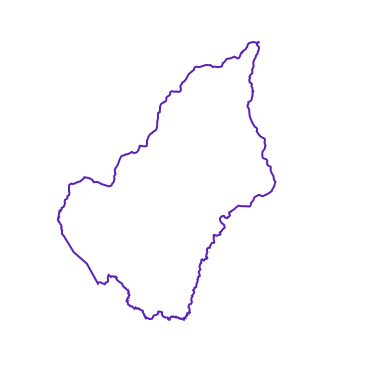 Lalaua, Nampula, Mozambique (Natural Earth projection), rotated 330°
{"feature_id": "85939544B71599092008043", "entity_name": "Lalaua", "entity_type": "district", "adm_level": 2, "iso_a3": "MOZ", "parent_name": "Mozambique", "parent_adm1": "Nampula", "projection": "natural_earth1", "projection_center": [37.97, -14.47], "detail": "fine", "context": "isolated", "style": "outline", "palette": "violet", "viewbox_px": 384, "rotation_deg": 330, "n_neighbors": 0, "source": "geoboundaries", "source_scale": "gbopen_adm2", "svg_char_len": 5955}
<svg xmlns="http://www.w3.org/2000/svg" viewBox="0 0 384 384"><g transform="rotate(330 192 192)"><path d="M248.2,88.2L242.9,91.5L240.2,92.4L238.3,92.3L237.4,93.3L235.6,93.9L234.5,94.9L234.3,96.2L233.8,97.4L232.6,98.8L230.6,98.8L229.4,97.6L227.1,96.5L225.0,94.7L223.6,94.5L223.1,94.7L221.9,96.3L221.0,97.0L217.9,97.1L216.9,97.6L215.9,99.3L214.8,100.2L213.8,100.3L212.9,99.9L211.9,100.3L210.1,100.2L209.0,100.5L207.1,102.0L204.1,106.7L203.6,106.9L203.1,106.5L202.4,106.5L201.8,107.1L200.3,109.3L199.9,110.5L196.8,114.0L196.7,114.5L194.5,117.9L192.4,119.9L191.2,120.4L188.9,120.4L186.4,121.0L185.0,120.9L182.0,122.3L179.5,124.5L178.6,125.0L177.1,127.8L175.7,129.5L173.1,128.5L172.0,127.2L169.8,125.9L169.4,126.0L168.9,127.2L168.1,127.6L166.4,129.1L163.9,130.0L161.4,129.4L160.5,128.4L160.0,127.2L157.0,127.3L154.3,126.8L153.1,126.1L152.3,126.4L149.5,125.7L148.3,125.9L145.8,127.5L141.8,131.0L136.4,133.9L135.1,136.3L134.9,138.0L132.5,139.4L131.1,142.3L129.0,144.3L127.0,144.9L125.8,145.9L124.0,146.0L121.7,144.6L121.0,143.5L117.7,140.0L115.7,136.7L114.5,135.7L111.7,134.3L111.8,132.0L110.8,130.0L109.8,128.6L108.2,127.0L107.0,126.3L106.4,125.4L104.1,126.3L100.6,126.9L96.8,126.0L94.4,126.1L93.7,125.5L92.3,125.3L91.5,124.3L90.8,124.3L89.2,124.6L88.6,125.1L85.8,129.9L85.7,131.0L84.0,133.2L82.0,133.3L81.0,134.9L80.3,135.3L78.3,135.3L77.0,136.4L76.4,138.3L73.8,140.5L73.0,140.7L71.4,140.5L70.7,141.6L69.6,141.8L69.0,142.5L68.8,142.1L68.1,141.9L67.8,142.4L67.3,142.5L67.1,142.9L67.0,143.6L66.4,143.9L64.5,146.2L64.3,146.6L64.4,147.0L64.1,147.0L64.1,147.4L62.8,147.7L62.7,148.9L61.7,149.4L62.0,150.6L61.8,151.4L62.1,152.0L61.9,153.3L62.1,155.0L61.6,157.1L60.9,157.5L61.0,157.9L60.3,159.1L60.5,159.5L60.3,160.4L58.8,162.5L58.4,163.4L59.0,165.3L59.5,185.0L65.1,201.4L64.7,224.3L65.7,223.6L67.2,224.1L70.4,228.3L72.0,227.2L73.9,227.7L74.8,227.0L75.4,226.2L75.9,224.4L78.4,222.2L79.0,223.4L79.3,225.1L80.1,224.9L80.9,225.2L81.7,225.8L81.9,226.4L83.1,226.6L83.5,227.0L83.9,228.3L83.4,228.3L83.0,228.8L83.2,230.7L84.3,234.1L84.9,234.8L85.7,236.6L85.2,238.1L85.4,239.7L85.7,240.1L85.7,241.3L86.4,241.8L86.6,243.7L87.0,244.4L87.5,244.6L87.1,245.7L87.4,246.1L87.5,246.9L86.0,247.8L86.0,248.7L86.5,249.1L86.2,250.1L84.8,250.7L84.3,251.8L83.6,251.6L82.6,252.0L82.0,253.1L82.1,253.5L81.4,253.2L80.9,253.5L80.7,254.0L81.0,254.7L81.1,255.9L80.5,256.9L80.7,257.4L80.5,258.0L80.9,258.6L81.4,259.0L81.7,260.4L82.9,261.0L83.7,264.3L84.0,264.4L85.3,263.8L85.6,265.2L86.6,265.2L87.2,266.4L87.7,266.3L88.0,267.4L90.0,270.4L89.2,271.8L89.4,274.3L88.9,274.8L89.1,275.7L88.9,276.3L89.4,276.9L88.8,277.8L89.0,278.5L90.0,278.4L90.9,279.2L91.4,280.6L93.7,281.7L95.2,281.2L96.8,279.9L101.1,280.7L102.2,279.9L102.9,278.7L103.2,278.7L105.8,280.8L105.7,281.8L104.6,283.1L104.8,285.1L106.0,287.3L107.7,288.2L108.2,288.7L107.9,289.2L107.8,290.6L108.2,291.0L107.9,291.0L108.5,291.3L108.6,290.7L109.2,290.2L110.7,290.1L110.9,289.7L111.3,289.5L112.6,289.9L112.7,290.4L113.4,290.3L113.8,291.2L114.6,292.0L115.8,291.8L116.1,293.1L117.0,293.4L117.2,294.4L117.9,294.7L118.4,296.1L119.5,296.3L119.8,297.2L120.7,297.8L121.1,298.6L121.5,298.3L121.5,297.6L122.0,297.5L122.1,297.1L123.0,297.7L123.0,297.4L123.8,297.2L124.5,296.5L125.3,296.7L126.2,296.4L126.3,296.1L126.1,295.9L127.2,294.7L127.5,295.1L128.0,295.1L128.4,295.6L128.9,295.0L129.1,295.4L130.0,295.3L130.0,294.7L131.5,291.7L131.4,290.1L131.8,289.8L132.0,289.0L133.4,288.0L135.5,288.3L136.9,287.3L137.1,286.0L137.8,284.6L138.6,283.5L140.2,282.7L140.0,281.8L141.4,281.4L143.8,280.0L144.1,278.9L143.8,277.6L144.8,277.5L146.5,276.1L147.2,276.5L148.2,276.3L150.0,273.7L151.7,272.7L152.6,271.6L152.8,270.5L153.9,270.2L155.0,268.5L156.6,268.7L157.6,266.2L157.9,264.5L160.6,263.2L160.7,261.9L161.2,260.3L163.5,258.2L164.4,258.2L164.9,257.1L165.7,256.2L166.3,255.9L166.5,255.4L167.3,255.5L168.0,257.3L170.1,256.6L171.5,257.2L172.2,257.0L172.4,256.0L171.9,255.0L173.9,252.6L174.5,252.4L175.2,251.7L176.3,248.9L178.4,248.4L179.2,249.2L179.6,249.2L180.7,247.8L183.5,246.1L184.5,246.3L185.4,247.0L186.2,246.6L187.3,243.4L188.6,241.7L188.6,241.1L189.1,240.3L189.8,240.2L191.4,242.2L194.1,242.6L195.1,243.1L195.6,242.7L195.8,240.9L196.3,240.7L197.5,240.9L200.2,239.5L202.5,239.2L203.3,237.0L203.2,235.9L202.3,234.2L202.0,231.6L202.7,229.2L203.2,228.7L205.1,227.9L207.5,228.4L207.9,229.1L207.7,230.3L209.1,232.1L209.8,232.3L210.7,231.6L211.9,231.8L213.1,231.2L213.5,230.4L213.4,229.1L214.3,228.1L215.9,228.5L216.7,228.1L218.4,228.2L225.2,227.0L227.9,229.1L231.9,231.5L233.8,233.0L235.3,233.3L235.8,233.1L237.7,231.0L241.1,229.8L242.6,228.3L244.1,227.7L248.6,227.9L250.8,230.7L251.6,231.1L257.9,231.5L261.3,231.1L264.0,229.2L265.8,228.4L269.4,224.8L269.2,222.1L270.5,218.9L270.4,216.5L270.8,213.3L271.4,211.6L272.6,210.0L272.5,209.0L271.1,207.1L270.9,205.5L272.9,202.4L272.9,201.5L272.3,200.4L270.6,198.4L270.5,196.8L272.2,193.7L273.2,192.4L276.4,191.0L278.0,189.2L278.8,188.8L279.5,185.4L281.1,183.5L281.5,182.4L281.3,181.7L279.8,179.5L278.8,177.2L278.3,172.0L280.0,169.8L279.8,168.3L279.0,166.9L278.9,165.9L278.9,161.9L279.8,155.3L282.8,148.9L282.8,146.0L283.6,144.5L284.7,144.1L285.6,142.4L288.0,142.5L289.6,141.9L292.3,139.1L292.9,138.1L294.4,136.3L294.6,135.2L295.5,135.2L295.5,133.9L296.4,131.6L296.5,129.8L297.8,128.7L297.7,127.3L297.1,126.7L296.8,125.5L297.3,125.0L297.5,123.6L299.3,122.3L299.2,121.1L301.4,119.8L303.5,119.2L304.7,117.5L305.0,116.3L308.0,114.2L309.9,110.4L311.8,108.7L314.7,107.0L315.8,105.7L317.3,105.3L321.5,101.6L322.5,99.3L321.8,97.4L322.1,96.1L322.7,95.8L324.2,95.8L325.6,95.3L324.0,95.5L322.7,95.2L319.9,92.6L316.2,91.6L313.9,92.2L312.3,94.0L311.2,94.2L310.1,95.1L306.8,95.4L305.5,96.3L305.1,95.8L304.3,96.0L300.7,98.9L299.8,99.3L298.3,99.2L296.4,96.0L292.2,95.5L288.9,94.2L287.5,94.5L285.3,95.6L282.9,95.9L281.0,98.0L280.1,98.1L276.8,96.8L274.0,94.5L272.5,94.2L271.7,91.8L271.1,91.0L270.1,90.8L267.9,89.0L261.0,87.6L258.6,85.8L257.4,85.4L256.4,85.5L254.8,87.1L248.2,88.2Z" fill="none" stroke="#5b21b6" stroke-width="2"/></g></svg>